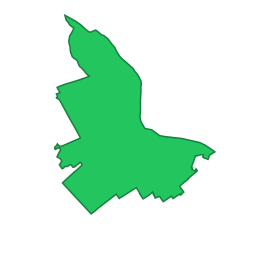 Copaceni, Giurgiu, Romania, rotated 195°
{"feature_id": "2599482B89943815520443", "entity_name": "Copaceni", "entity_type": "district", "adm_level": 2, "iso_a3": "ROU", "parent_name": "Romania", "parent_adm1": "Giurgiu", "projection": "mercator", "projection_center": [26.1, 44.268], "detail": "fine", "context": "isolated", "style": "filled", "palette": "green", "viewbox_px": 256, "rotation_deg": 195, "n_neighbors": 0, "source": "geoboundaries", "source_scale": "gbopen_adm2", "svg_char_len": 4233}
<svg xmlns="http://www.w3.org/2000/svg" viewBox="0 0 256 256"><g transform="rotate(195 128 128)"><path d="M218.1,220.5L216.9,218.4L216.0,216.9L215.4,216.0L215.1,215.8L214.9,215.7L214.3,215.5L213.8,215.1L213.6,214.9L212.9,214.2L212.7,214.2L212.2,213.6L212.0,213.4L211.5,212.9L211.3,212.8L210.9,212.5L209.9,211.9L209.6,211.8L208.7,211.4L207.4,210.9L207.2,210.8L206.8,210.6L206.4,210.1L206.2,209.7L206.3,208.9L206.5,207.9L207.4,204.4L207.9,202.6L208.1,201.9L208.0,200.1L207.8,197.7L207.6,196.4L206.8,194.6L206.7,194.4L206.3,193.6L204.9,191.2L204.2,189.1L203.6,187.4L203.2,186.8L202.6,185.7L200.9,183.3L200.4,182.6L199.8,182.2L199.0,181.9L198.2,181.3L196.4,180.8L195.7,180.6L195.0,180.2L194.4,179.7L194.2,179.4L192.6,177.3L191.8,176.1L191.6,175.9L191.1,175.3L190.5,175.0L190.1,174.7L189.9,174.6L188.8,174.1L187.3,173.2L185.9,172.4L184.0,170.9L183.5,170.5L183.0,170.1L181.4,169.3L179.8,168.6L180.1,168.5L179.9,168.4L179.5,168.1L179.0,167.7L185.8,163.1L185.9,162.9L192.3,158.8L198.6,155.0L198.8,154.9L204.1,151.2L207.0,148.9L207.0,148.7L205.0,146.7L204.7,146.4L202.8,144.4L204.7,143.2L205.7,142.5L206.0,142.3L204.7,141.0L204.3,140.1L204.1,139.6L204.6,139.2L205.0,138.9L204.8,138.6L204.6,138.3L203.3,138.1L201.9,137.8L198.6,134.5L188.2,123.5L185.1,120.3L180.6,115.8L177.2,112.3L171.7,106.4L171.5,106.0L171.5,105.8L176.9,101.6L177.3,101.3L178.2,100.6L180.4,98.8L186.4,94.0L188.4,92.5L190.1,93.2L190.8,93.5L192.1,94.4L192.2,93.8L192.3,93.5L192.3,93.3L192.4,92.7L192.8,92.0L193.5,91.1L193.7,90.5L193.6,89.6L193.2,88.8L192.8,88.6L190.4,90.4L189.6,91.2L188.8,90.8L187.7,89.7L187.6,89.2L187.7,88.2L188.1,87.3L188.4,85.8L188.9,83.0L189.1,81.8L189.1,81.7L185.6,80.8L185.1,80.4L183.7,79.3L183.5,78.9L183.4,78.4L183.7,77.7L184.5,75.4L184.8,74.7L184.5,74.5L182.9,73.1L181.1,71.6L180.4,72.1L179.8,72.8L179.5,73.7L179.4,73.9L179.2,74.3L178.9,74.4L177.8,74.8L177.0,74.9L176.5,75.4L175.5,76.1L175.1,76.7L174.8,77.2L174.4,77.5L174.2,77.7L173.4,77.6L173.0,77.5L172.8,77.4L172.7,77.4L172.1,76.5L171.0,75.9L170.4,76.0L170.1,76.1L168.5,77.9L167.9,78.9L166.7,80.4L165.2,82.5L164.4,82.3L162.9,80.4L163.2,79.5L164.8,77.0L166.6,74.2L168.6,71.4L170.5,68.5L174.4,62.4L176.9,58.3L177.1,58.0L176.1,57.4L175.3,56.8L175.0,56.6L173.2,55.5L172.5,55.0L172.1,54.8L171.6,54.5L168.8,52.7L167.3,51.8L165.8,50.8L164.1,49.7L161.4,48.1L159.9,47.1L157.9,45.9L156.9,45.2L155.3,44.2L154.3,43.6L154.1,43.5L151.7,42.0L149.1,40.4L147.2,39.2L146.4,38.7L145.5,38.1L144.3,37.4L143.8,37.1L143.4,36.8L142.7,36.3L142.3,36.1L141.8,35.8L141.7,35.7L141.4,35.5L141.1,35.9L140.9,36.2L140.8,36.3L140.6,36.6L140.3,37.0L139.9,37.4L139.4,38.0L139.0,38.6L138.9,38.7L138.5,39.3L138.1,39.8L137.5,40.8L137.2,41.3L137.0,41.6L135.9,43.0L135.2,44.0L134.6,44.7L133.9,45.6L133.2,46.5L133.0,46.8L132.5,47.6L131.7,48.6L130.8,49.8L130.3,50.4L129.6,51.4L129.4,51.7L129.2,51.8L129.0,52.1L128.9,52.3L128.7,52.5L128.5,52.8L127.9,53.5L127.7,53.8L127.5,54.1L127.4,54.1L127.2,54.5L126.9,54.8L126.0,56.0L125.3,57.0L125.1,57.2L124.5,58.0L122.9,60.2L122.8,60.3L122.5,60.7L122.3,61.0L120.9,59.9L118.5,57.9L118.4,57.8L118.2,57.7L118.1,57.9L117.7,58.3L116.2,59.9L108.7,68.0L105.6,71.4L104.9,72.1L104.5,72.5L99.8,68.1L100.0,67.8L95.1,63.4L90.1,68.8L87.4,72.7L86.8,71.9L87.1,71.6L86.0,70.0L85.6,70.2L83.7,67.4L79.8,70.1L75.1,66.0L74.8,66.0L68.4,73.4L66.2,71.5L61.1,77.5L60.1,76.7L58.9,78.2L59.3,78.5L57.5,80.5L63.1,85.1L59.1,90.9L56.4,94.5L56.8,94.8L54.0,98.8L51.2,102.7L50.5,103.8L50.1,104.6L50.2,104.8L50.4,105.1L51.7,106.1L51.9,104.0L55.4,104.3L55.3,106.1L56.6,106.2L55.6,117.6L55.9,118.5L54.5,118.7L53.4,119.4L52.1,120.4L50.5,121.1L48.5,121.6L48.3,121.5L48.3,119.5L47.7,118.9L42.6,118.4L42.2,122.9L41.9,123.3L41.1,124.0L40.4,124.8L37.9,127.4L38.6,127.7L39.5,128.2L41.4,128.8L47.5,130.9L48.8,131.3L49.4,131.5L55.1,132.5L73.3,131.8L89.0,129.4L95.4,128.8L104.6,132.4L111.5,131.9L115.4,135.7L117.4,137.9L119.4,141.9L120.1,146.7L123.2,158.3L124.9,166.5L126.3,171.4L126.4,173.9L127.7,176.8L132.7,182.2L136.4,184.7L138.5,186.8L142.6,188.8L146.5,190.9L150.9,192.9L154.2,194.8L157.5,197.7L159.9,200.2L161.2,202.0L164.8,204.5L170.2,208.8L175.2,211.0L177.8,211.2L182.9,213.7L184.6,214.2L189.3,210.6L192.1,211.2L197.9,214.1L200.6,215.6L206.2,217.6L212.7,219.2L218.1,220.5Z" fill="#22c55e" stroke="#15803d" stroke-width="1.5"/></g></svg>